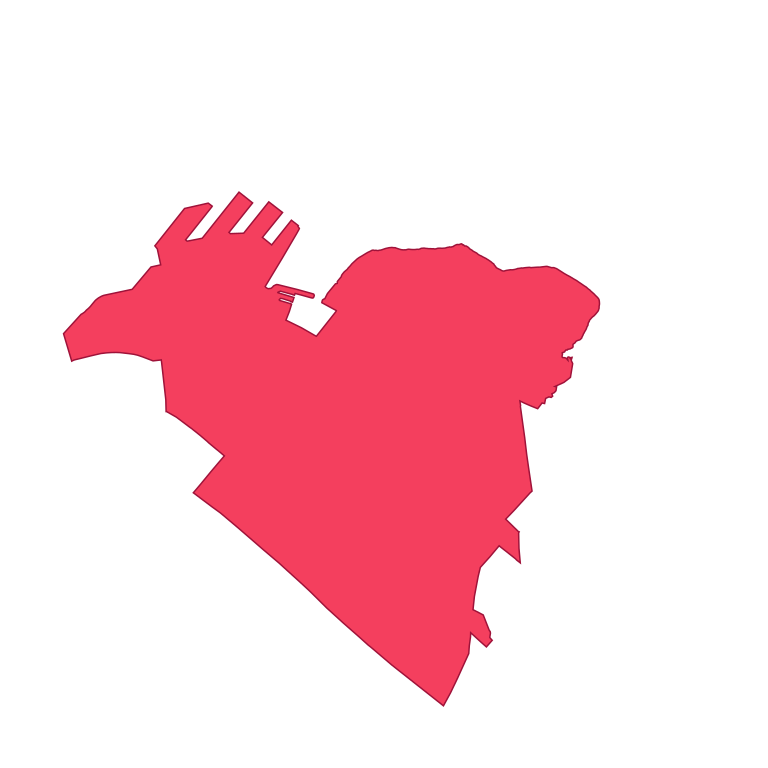 Comuna 1, Ciudad de Buenos Aires, Argentina (Robinson projection), rotated 314°
{"feature_id": "61730980B33319795319357", "entity_name": "Comuna 1", "entity_type": "district", "adm_level": 2, "iso_a3": "ARG", "parent_name": "Argentina", "parent_adm1": "Ciudad de Buenos Aires", "projection": "robinson", "projection_center": [-58.363, -34.606], "detail": "fine", "context": "isolated", "style": "filled", "palette": "rose", "viewbox_px": 768, "rotation_deg": 314, "n_neighbors": 0, "source": "geoboundaries", "source_scale": "gbopen_adm2", "svg_char_len": 6147}
<svg xmlns="http://www.w3.org/2000/svg" viewBox="0 0 768 768"><g transform="rotate(314 384 384)"><path d="M324.2,123.2L323.7,127.1L314.6,140.6L306.3,135.1L277.2,137.1L253.2,120.9L251.6,120.1L250.2,119.6L248.9,119.2L247.5,118.8L246.2,118.6L244.8,118.4L243.4,118.3L242.0,118.4L240.6,118.5L239.2,118.6L235.7,118.9L233.9,118.9L232.2,118.8L230.4,118.6L228.7,118.7L227.3,118.6L225.9,118.3L225.0,118.1L223.7,117.7L197.6,118.5L183.5,143.5L184.4,143.8L185.5,144.2L186.3,144.6L187.3,145.2L191.7,148.0L200.5,153.5L205.0,156.4L209.3,159.2L213.7,162.8L217.1,165.9L220.6,169.4L223.2,172.3L228.5,179.2L231.5,183.3L233.6,186.8L235.8,191.5L240.2,201.8L245.9,206.5L246.6,206.9L245.4,208.6L221.0,238.1L213.4,245.8L212.8,246.4L213.1,246.7L215.9,257.6L217.9,273.9L218.2,275.8L219.3,287.1L219.9,296.6L219.9,298.9L220.6,308.5L220.8,310.5L221.4,319.1L212.8,319.6L200.7,320.4L184.3,321.7L173.3,322.4L174.8,334.7L176.2,345.9L177.6,355.8L179.1,378.0L179.7,388.9L181.0,413.0L182.3,433.1L182.4,436.8L182.6,444.3L183.1,459.7L183.4,473.3L183.4,476.4L183.1,498.5L183.4,507.5L183.8,521.1L184.8,542.0L185.2,553.9L185.5,556.8L187.3,585.0L188.2,594.0L193.8,650.3L208.0,646.4L215.2,644.0L218.3,643.0L224.2,641.0L232.9,637.9L249.0,632.2L255.1,627.1L262.2,621.9L265.3,619.1L265.7,633.5L266.0,640.3L274.8,639.9L275.0,637.1L275.2,636.1L278.8,633.6L279.8,632.1L279.7,631.6L280.1,630.4L286.8,615.8L283.5,604.8L294.0,596.6L311.0,585.4L319.0,580.7L333.1,580.2L347.6,579.2L347.7,580.9L349.6,599.9L349.5,601.8L350.0,606.3L351.6,604.4L359.6,595.2L370.3,584.4L371.5,583.9L371.2,583.5L371.3,568.1L371.3,565.4L383.0,565.4L407.1,564.7L409.8,564.9L423.8,546.7L432.5,535.5L443.3,522.3L452.0,511.2L462.6,497.7L463.5,497.1L464.3,496.0L466.2,493.5L467.7,498.1L470.2,504.8L473.0,511.7L480.1,510.9L481.5,513.1L485.9,510.3L489.3,511.6L490.5,513.6L492.4,513.8L493.5,511.6L496.2,512.5L498.6,512.4L502.2,509.9L501.5,509.6L501.0,508.7L510.1,512.3L518.3,513.5L529.7,505.6L530.2,504.5L530.8,502.7L531.7,501.8L532.5,501.5L533.8,500.8L532.9,500.1L532.1,500.1L531.8,500.2L532.1,498.9L531.5,497.8L530.8,497.6L529.7,498.0L529.5,498.8L528.8,499.8L528.8,499.2L529.1,498.0L528.9,496.6L528.3,495.5L527.4,494.5L527.1,494.1L527.2,493.3L528.3,492.3L529.1,491.9L529.7,491.5L530.0,490.6L530.4,490.5L531.6,491.1L532.2,491.5L532.9,491.6L533.3,491.3L535.1,491.3L535.5,492.1L536.0,492.3L536.6,492.1L538.5,493.5L539.2,493.7L540.3,494.1L541.1,494.4L541.9,494.2L542.7,493.6L543.3,492.7L544.2,492.4L546.2,492.8L548.4,492.5L550.5,493.4L551.4,494.0L552.4,494.3L554.4,494.3L555.4,493.8L556.1,493.6L557.4,493.2L559.0,492.5L559.7,492.5L560.7,492.1L562.5,491.7L564.0,491.3L565.1,490.8L566.4,490.2L567.7,490.0L568.6,489.4L569.4,488.8L570.4,488.3L571.1,488.3L572.1,487.9L572.8,487.5L574.1,487.5L575.4,487.4L577.1,487.4L578.7,487.7L579.8,487.7L581.1,487.7L583.5,487.5L584.8,487.4L585.7,487.2L587.9,486.1L589.3,484.8L590.8,483.8L591.7,483.0L593.3,481.2L594.2,479.8L594.4,478.8L594.6,477.7L594.6,476.4L594.6,475.2L594.6,473.7L594.7,473.4L594.7,472.2L594.5,467.8L594.6,466.8L594.3,465.1L594.2,462.0L593.8,460.3L593.0,455.5L592.5,452.8L592.4,451.8L592.2,450.7L591.2,446.8L591.0,445.6L590.7,444.5L590.4,443.1L589.5,440.1L588.6,436.5L588.2,434.4L587.0,428.5L586.6,427.3L586.2,426.5L585.7,425.3L584.9,424.5L584.2,423.9L582.7,421.1L581.9,419.6L581.1,418.8L576.3,414.9L574.7,413.3L573.3,412.0L570.4,409.4L569.8,408.9L569.3,408.0L568.8,407.4L568.0,406.7L567.2,406.0L566.3,405.2L565.3,404.4L564.4,403.7L563.8,403.4L563.6,403.0L563.1,402.4L560.7,400.6L560.1,400.0L558.6,399.3L557.3,398.5L555.4,397.1L553.9,395.5L550.6,393.0L549.4,392.3L548.6,391.9L548.0,391.1L547.5,390.3L547.0,388.2L546.4,386.6L546.0,385.2L545.7,384.0L545.9,383.2L546.1,382.3L546.1,381.3L546.3,380.4L546.5,380.0L546.6,379.3L546.4,378.4L546.3,377.6L546.3,377.1L546.3,376.4L545.9,373.9L545.6,372.2L545.4,371.6L545.2,370.3L544.1,366.8L543.6,364.8L543.0,363.3L542.6,361.3L542.6,359.8L541.5,356.0L541.4,354.5L541.1,353.2L540.8,351.9L540.9,350.7L540.8,349.0L540.3,347.1L539.4,346.3L539.2,345.3L539.4,344.6L538.7,343.9L538.7,343.5L538.9,342.9L538.7,342.4L537.7,341.7L536.8,341.4L535.7,340.4L535.2,339.7L534.3,339.2L533.4,338.9L532.2,338.4L531.8,338.4L531.2,338.4L530.0,337.6L529.1,337.2L528.1,335.9L527.2,335.4L526.2,334.6L524.3,333.6L522.3,331.8L521.7,331.2L520.7,330.0L518.9,328.3L517.4,327.5L516.7,327.0L516.3,326.6L515.6,325.5L514.8,324.8L513.3,323.0L512.8,322.6L511.9,321.5L511.3,320.6L510.7,320.0L510.0,319.0L509.5,318.3L508.7,317.7L508.2,317.1L507.2,316.4L506.0,316.0L504.9,315.4L504.4,314.7L503.8,314.1L503.0,313.5L502.2,312.8L500.8,311.4L499.5,309.9L498.5,308.6L497.9,307.9L496.9,307.2L495.8,306.6L493.7,304.5L492.5,302.9L491.4,300.8L490.2,298.3L489.8,297.3L488.9,296.4L487.7,294.8L485.6,293.0L482.6,291.0L478.7,289.0L477.6,288.3L476.9,287.6L476.0,287.2L475.5,286.6L475.1,286.2L474.7,285.4L474.0,284.8L473.4,284.3L473.1,283.6L472.6,283.0L471.7,282.4L470.0,281.9L467.4,280.9L464.9,280.2L460.2,279.0L457.9,278.3L455.3,277.8L448.3,277.4L444.5,277.7L443.2,277.6L442.3,277.7L440.9,277.9L437.1,277.5L434.5,277.7L432.7,278.0L431.6,278.7L425.5,279.2L425.2,279.3L424.6,280.0L423.9,280.5L422.3,279.5L410.6,280.4L409.7,280.5L404.2,282.2L403.3,281.7L402.0,281.4L401.4,281.5L400.3,282.1L399.3,282.8L403.7,298.7L402.8,299.1L371.4,302.2L371.1,301.5L367.1,285.5L361.8,269.1L370.3,265.6L377.2,262.1L377.2,261.7L371.6,250.9L371.6,250.5L371.8,250.1L373.7,250.1L375.0,251.9L378.8,259.6L378.5,259.8L379.3,261.3L383.7,259.2L376.0,244.4L376.1,244.0L376.6,244.0L378.8,245.0L385.0,256.3L384.9,256.5L385.7,257.9L387.4,257.2L390.4,262.5L395.6,272.1L396.3,273.0L396.6,273.2L397.1,273.2L397.8,273.1L399.2,272.4L399.7,271.5L399.8,271.0L399.6,270.4L392.0,256.4L381.6,238.4L381.2,238.1L380.9,237.6L379.8,237.1L377.8,236.4L376.5,236.5L374.9,236.4L374.4,236.3L373.4,235.5L372.2,234.6L371.8,233.8L371.4,231.9L371.6,230.8L403.0,223.6L431.5,216.7L436.0,215.5L437.1,215.1L437.3,214.1L437.6,212.7L437.7,212.4L438.4,212.3L437.5,203.6L406.0,206.6L405.0,194.7L436.9,191.9L435.0,174.6L395.0,178.3L385.4,169.0L385.4,167.1L386.6,167.1L423.0,163.7L421.3,146.4L362.6,152.0L350.0,143.2L349.9,141.1L359.0,140.3L391.9,137.1L392.6,136.9L392.0,131.9L371.7,118.6L324.2,123.2Z" fill="#f43f5e" stroke="#9f1239" stroke-width="1.5"/></g></svg>